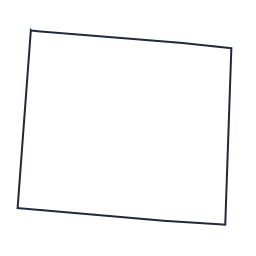 outline of La Salle, Texas, United States of America, rotated 275°
{"feature_id": "52423323B67793839713525", "entity_name": "La Salle", "entity_type": "district", "adm_level": 2, "iso_a3": "USA", "parent_name": "United States of America", "parent_adm1": "Texas", "projection": "albers", "projection_center": [-99.098, 28.339], "detail": "fine", "context": "isolated", "style": "outline", "palette": "slate", "viewbox_px": 256, "rotation_deg": 275, "n_neighbors": 0, "source": "geoboundaries", "source_scale": "gbopen_adm2", "svg_char_len": 276}
<svg xmlns="http://www.w3.org/2000/svg" viewBox="0 0 256 256"><g transform="rotate(275 128 128)"><path d="M38.6,25.0L38.7,173.8L38.8,176.3L40.2,233.3L216.5,224.0L217.4,174.6L216.5,30.3L216.7,22.8L216.8,22.7L38.6,25.0Z" fill="none" stroke="#1e293b" stroke-width="2"/></g></svg>